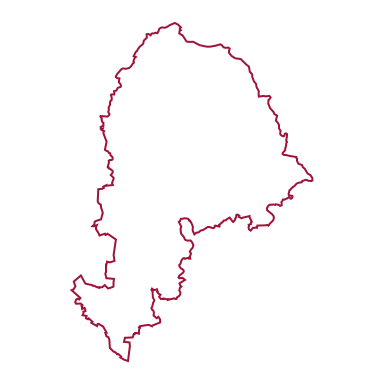 the district of Sucre, Sucre, Colombia
{"feature_id": "7082276B5425640174100", "entity_name": "Sucre", "entity_type": "district", "adm_level": 2, "iso_a3": "COL", "parent_name": "Colombia", "parent_adm1": "Sucre", "projection": "mercator", "projection_center": [-74.732, 8.783], "detail": "fine", "context": "isolated", "style": "outline", "palette": "rose", "viewbox_px": 384, "rotation_deg": 0, "n_neighbors": 0, "source": "geoboundaries", "source_scale": "gbopen_adm2", "svg_char_len": 5976}
<svg xmlns="http://www.w3.org/2000/svg" viewBox="0 0 384 384"><path d="M296.3,157.0L290.4,156.1L285.9,155.0L284.1,155.0L282.7,154.2L282.7,152.9L285.2,150.2L285.1,149.0L286.1,145.7L286.2,143.5L287.0,141.9L286.2,140.8L287.0,135.8L287.0,134.2L286.3,133.4L284.8,133.8L284.3,135.7L283.6,136.3L281.9,135.8L280.4,134.5L280.2,133.0L280.6,130.9L279.1,128.6L278.9,124.7L277.7,122.6L275.9,120.5L277.1,115.6L274.4,114.1L273.6,112.1L270.1,108.2L268.3,103.7L268.4,100.2L270.1,98.4L270.6,97.3L269.3,95.9L265.6,96.4L263.7,95.9L258.8,96.6L258.6,93.3L258.8,91.1L256.6,87.2L256.0,83.8L253.9,81.3L252.3,77.0L252.1,74.2L249.8,71.8L248.9,66.5L246.8,65.0L240.6,59.0L235.2,58.3L231.4,55.8L229.1,52.9L229.0,51.1L229.7,48.6L229.0,48.0L228.3,47.6L225.5,47.8L223.6,47.3L221.8,45.2L220.3,44.3L216.0,45.6L210.0,46.7L206.8,46.7L199.5,45.1L193.2,41.8L188.9,41.9L186.5,41.5L182.7,35.5L179.3,33.5L179.6,30.9L180.8,30.1L179.8,29.4L179.8,28.2L180.9,27.4L177.9,24.5L174.7,23.0L170.1,25.0L165.9,27.5L164.1,27.7L161.8,27.4L160.4,28.0L158.9,29.3L158.7,30.7L157.4,33.2L155.8,32.7L154.0,33.4L152.1,33.4L151.4,33.8L150.6,35.3L148.2,33.9L146.6,34.3L146.8,37.8L143.8,40.6L143.2,43.8L139.6,46.8L137.5,49.8L137.1,51.0L135.8,51.9L133.7,56.2L135.7,57.0L134.9,57.5L133.7,60.2L133.5,61.6L134.0,62.4L133.8,62.8L132.7,63.7L131.0,66.4L129.2,68.0L125.9,68.8L122.9,68.4L121.4,69.2L117.4,73.7L115.8,76.4L116.1,77.4L117.1,78.1L119.4,78.4L118.8,82.1L120.7,84.5L120.9,86.1L120.6,86.9L117.8,87.8L116.3,90.6L114.0,91.2L114.4,93.2L114.2,94.5L111.5,94.4L110.9,95.0L111.7,97.4L111.7,99.7L111.5,100.4L110.9,100.5L110.1,101.7L110.0,104.8L108.6,107.6L108.9,109.4L108.3,111.9L108.6,112.8L109.5,113.9L109.4,114.7L108.2,116.1L107.1,116.6L100.6,116.0L100.4,116.6L101.8,118.4L101.6,119.6L102.2,121.8L103.5,123.1L103.2,124.1L103.6,125.2L103.0,126.4L102.1,126.2L100.7,126.9L101.0,128.2L100.7,128.9L101.1,129.3L102.7,128.8L102.0,130.2L104.1,131.1L103.5,131.8L103.6,133.9L106.6,141.6L104.9,149.8L106.2,150.7L108.1,151.4L108.8,153.0L110.2,153.3L110.4,155.1L112.4,157.0L112.7,158.7L112.5,159.4L111.7,160.0L109.6,160.1L108.7,160.8L109.0,162.1L107.7,167.2L108.0,167.6L108.7,167.5L109.1,168.6L110.0,168.8L112.7,170.9L112.6,172.7L110.8,175.1L113.4,177.6L113.7,178.6L112.0,183.1L112.9,185.0L106.1,185.8L106.2,185.2L103.2,186.7L103.9,187.9L102.1,188.8L98.3,189.2L97.7,201.3L98.2,202.7L100.2,204.5L100.8,204.6L101.1,207.6L102.8,212.8L101.0,219.4L95.5,221.1L94.6,222.1L94.4,224.4L92.5,226.2L94.0,226.3L96.8,225.2L96.0,226.9L96.0,229.1L98.7,233.5L99.5,235.5L104.9,233.7L105.2,234.7L105.8,235.0L107.5,233.7L115.9,239.5L113.6,255.0L114.5,260.9L109.9,262.4L107.1,261.6L106.6,264.2L106.0,264.4L106.0,272.2L105.3,273.6L106.4,278.2L114.0,278.9L113.5,282.3L113.5,286.4L113.0,286.9L108.1,288.5L104.7,285.1L102.4,287.1L100.1,287.5L99.8,287.2L99.3,287.9L98.3,287.6L97.8,287.0L97.0,287.2L94.2,285.8L92.5,285.7L92.3,285.1L86.4,283.9L85.3,283.5L80.9,275.5L73.8,281.5L75.4,286.4L73.6,289.3L71.6,290.2L80.4,298.0L79.2,299.5L77.7,298.7L76.2,299.5L75.2,302.2L76.0,303.7L80.7,303.6L82.5,305.0L82.2,306.6L81.7,306.4L82.1,309.0L84.5,307.9L85.3,309.5L85.4,311.2L83.4,311.6L83.5,313.1L82.6,315.2L86.6,316.0L85.9,318.2L88.0,319.3L88.8,318.4L92.4,321.7L91.3,322.8L97.1,326.1L97.6,324.0L98.6,323.9L103.1,326.5L106.6,332.7L105.3,333.0L106.5,336.3L108.4,337.2L109.3,339.4L109.9,348.0L113.5,351.6L115.6,352.4L117.1,354.3L118.0,353.9L121.1,356.4L120.3,357.5L124.4,359.8L128.0,361.0L129.9,346.0L129.5,342.4L124.0,341.9L124.9,337.8L132.7,337.4L133.8,334.0L134.7,334.1L135.0,333.0L136.8,333.0L138.9,333.7L139.1,329.7L139.9,327.8L139.0,327.4L139.8,326.2L148.6,324.8L151.8,326.2L151.8,325.8L160.2,322.4L160.0,319.3L158.4,316.8L156.7,318.2L153.6,315.6L153.9,312.8L153.6,311.3L153.1,310.4L152.1,309.7L151.4,308.1L152.3,306.5L153.1,302.9L154.3,300.5L152.9,297.3L152.5,291.5L151.4,289.7L152.0,288.6L154.0,290.2L157.0,289.3L157.7,291.4L157.1,291.8L158.6,293.7L160.5,294.7L159.1,296.8L160.8,298.9L163.4,299.1L163.5,298.5L165.9,299.1L168.6,299.2L168.3,299.8L174.3,298.3L175.3,299.0L176.5,298.9L177.0,297.4L179.0,296.1L180.2,294.5L180.4,292.5L179.3,290.5L179.8,288.0L181.4,286.5L180.4,285.8L179.5,283.3L185.0,279.9L182.5,277.9L179.5,278.3L178.5,277.6L179.3,275.8L183.3,272.4L183.8,271.2L183.3,269.8L180.8,268.3L179.4,266.2L179.2,265.1L180.3,264.1L181.6,260.1L183.4,258.2L184.5,258.2L185.0,258.8L188.8,257.6L188.7,258.5L190.2,258.7L189.9,256.6L191.0,253.5L189.8,251.8L190.8,249.8L192.6,247.8L193.4,245.1L192.1,242.4L190.6,240.5L187.0,240.6L185.0,239.6L183.9,237.1L181.1,233.6L180.5,229.1L181.3,226.6L178.8,221.8L180.0,221.0L180.9,218.8L182.3,218.8L184.3,218.3L186.9,218.5L187.8,218.7L189.7,220.3L189.3,220.7L190.9,222.0L192.4,225.3L192.9,227.1L192.6,229.2L192.8,231.0L194.4,234.4L196.2,232.7L198.3,232.5L200.9,230.5L203.1,230.0L207.8,227.0L209.7,227.0L212.5,228.1L214.1,227.8L214.6,227.1L214.8,225.8L215.3,225.6L219.4,226.6L219.6,225.9L219.0,224.9L220.8,223.6L221.4,222.7L222.3,222.5L223.8,220.5L225.7,220.4L226.9,219.2L229.7,217.6L232.8,221.8L233.4,221.9L235.1,219.6L235.3,218.2L236.2,217.4L236.2,215.2L237.2,214.5L239.3,215.6L238.8,216.8L241.6,218.3L243.0,217.6L249.5,216.1L249.4,216.9L251.8,221.8L251.1,222.1L250.9,224.1L248.7,224.7L249.1,226.2L248.5,227.1L249.0,229.4L250.7,230.6L253.1,227.7L254.7,227.9L256.1,227.3L256.9,227.8L257.3,225.6L265.9,225.3L267.3,224.9L268.4,225.7L269.7,223.8L273.1,220.4L273.6,219.3L273.9,217.5L273.5,216.0L272.2,214.3L267.1,210.2L267.0,208.1L268.2,205.9L269.5,204.8L273.3,204.5L275.2,204.9L275.7,204.3L278.8,204.8L280.0,205.9L280.7,205.8L281.8,205.0L281.4,202.1L282.6,200.6L282.9,199.5L284.5,199.6L287.5,198.2L288.9,197.1L290.9,198.8L292.1,198.0L292.6,196.5L292.1,195.8L289.3,195.5L288.8,195.1L288.6,193.7L289.6,190.1L290.3,189.8L291.9,187.8L294.7,185.8L296.5,183.7L298.8,182.7L301.7,182.3L302.0,181.2L305.4,179.9L306.6,180.0L308.3,180.8L311.6,181.0L312.4,180.3L312.3,177.8L311.1,176.4L310.8,175.4L308.0,173.8L306.8,172.4L305.0,169.0L302.7,167.0L302.1,165.1L298.4,163.7L297.0,160.9L297.1,158.8L296.3,157.8L296.3,157.0Z" fill="none" stroke="#9f1239" stroke-width="2"/></svg>